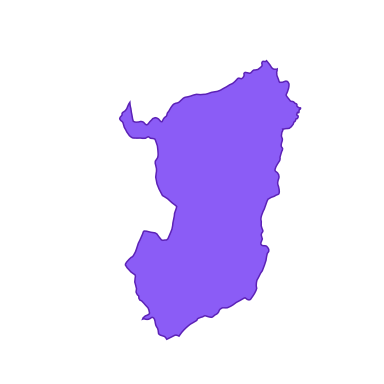 outline of Xin Man, Hà Giang, Vietnam, rotated 18°
{"feature_id": "81297802B50713424689894", "entity_name": "Xin Man", "entity_type": "district", "adm_level": 2, "iso_a3": "VNM", "parent_name": "Vietnam", "parent_adm1": "Hà Giang", "projection": "equal_earth", "projection_center": [104.512, 22.634], "detail": "fine", "context": "isolated", "style": "filled", "palette": "violet", "viewbox_px": 384, "rotation_deg": 18, "n_neighbors": 0, "source": "geoboundaries", "source_scale": "gbopen_adm2", "svg_char_len": 6019}
<svg xmlns="http://www.w3.org/2000/svg" viewBox="0 0 384 384"><g transform="rotate(18 192 192)"><path d="M169.7,304.4L170.8,305.7L171.9,306.7L173.4,307.3L174.4,309.6L175.8,310.9L177.7,311.1L180.5,312.6L182.8,314.0L185.9,315.7L187.5,317.6L189.0,320.2L189.1,320.9L188.7,321.5L187.9,322.6L185.8,324.4L184.4,326.8L184.3,328.2L185.1,327.6L186.1,327.4L187.5,327.3L188.8,327.0L189.9,326.5L191.0,325.6L192.3,323.9L192.8,323.5L193.8,323.5L194.6,323.8L195.6,324.6L196.8,326.4L197.5,327.8L198.6,329.7L199.8,331.0L201.4,332.3L202.5,333.9L203.7,336.5L204.1,337.2L205.1,337.6L206.0,337.9L206.9,337.9L210.1,337.9L211.0,338.1L212.2,338.8L213.5,339.9L217.1,336.4L219.9,333.6L221.0,333.0L223.0,332.9L224.2,333.1L224.7,331.4L225.6,328.7L226.9,325.7L228.3,323.0L229.9,320.3L231.2,318.3L232.1,317.3L233.4,315.9L236.2,312.7L236.4,311.1L236.9,310.3L239.2,308.4L240.6,307.5L241.7,306.4L242.4,305.7L242.8,305.6L243.7,305.6L245.3,305.6L247.2,305.5L249.1,305.2L249.8,304.8L250.2,304.4L250.8,303.5L251.7,302.0L253.3,300.3L253.9,299.3L254.4,297.7L254.5,295.9L255.0,294.7L255.9,293.6L256.8,292.7L258.0,292.3L260.1,291.7L261.5,291.1L264.1,288.7L266.0,286.5L268.2,283.4L271.2,280.3L273.9,277.3L275.0,276.3L275.5,276.3L277.7,277.1L278.2,277.1L279.0,277.1L279.8,276.9L280.8,276.1L282.1,271.9L282.8,269.2L283.3,266.0L283.3,264.4L283.3,263.6L282.4,262.0L282.0,261.1L281.3,258.4L281.0,255.9L281.3,254.4L281.7,252.2L282.3,248.1L283.2,245.2L283.3,243.2L283.5,239.3L283.5,235.2L283.5,234.1L282.9,230.5L282.7,228.5L282.6,227.1L283.2,225.4L283.3,224.5L282.7,222.8L281.2,221.4L279.6,220.5L278.5,220.5L277.0,220.8L276.3,221.1L275.0,221.1L274.4,220.9L273.9,220.5L273.5,220.0L273.2,219.2L273.3,217.2L273.4,215.5L273.4,214.9L272.1,213.0L271.3,211.8L271.0,210.9L271.0,209.5L271.5,208.1L271.5,207.3L271.2,206.6L269.9,205.1L268.3,202.8L267.5,200.3L267.1,198.9L265.9,196.6L265.5,194.5L265.4,192.7L265.6,188.5L266.0,185.9L266.2,177.6L266.5,175.4L268.9,172.7L271.5,170.7L273.2,168.8L274.6,167.7L275.1,167.0L275.2,166.2L275.0,164.9L274.1,162.7L272.7,160.2L271.2,158.2L270.6,156.7L270.3,154.6L270.3,151.8L270.1,150.7L269.7,150.0L269.1,148.8L267.3,147.3L265.9,146.8L265.1,146.5L264.8,146.3L264.2,145.7L264.0,144.7L264.0,142.8L264.1,141.7L264.6,139.2L265.6,135.4L265.7,134.6L265.5,133.1L265.0,131.9L264.9,130.8L264.8,127.3L264.8,125.5L265.0,124.4L264.9,123.6L264.8,122.8L264.2,122.1L263.5,121.7L262.9,121.1L262.5,120.4L262.2,119.3L262.0,117.7L262.0,115.4L261.8,114.3L261.4,113.3L260.7,112.5L260.0,111.6L259.6,110.7L259.4,109.5L259.1,107.9L259.1,106.9L259.3,105.9L259.3,105.2L259.3,104.8L258.8,104.2L259.7,103.8L261.5,102.8L263.3,102.1L264.8,101.4L266.0,99.6L266.3,99.2L266.7,97.9L267.1,96.9L267.3,96.3L267.3,95.7L267.3,94.9L267.3,94.2L267.6,93.7L268.1,93.1L268.3,92.4L268.3,90.5L268.5,90.1L269.2,89.9L269.5,89.5L269.7,88.7L269.8,88.1L269.6,87.2L269.2,86.7L268.8,86.6L268.1,86.5L267.7,86.2L267.6,85.7L267.7,85.4L267.6,84.4L267.8,83.6L268.0,83.6L268.4,83.6L268.7,83.7L268.9,83.7L269.0,83.6L269.1,83.4L269.1,83.0L268.9,82.4L268.7,81.5L268.6,80.9L268.6,80.7L268.7,80.4L268.9,80.2L269.1,80.0L269.4,79.5L269.4,78.8L269.2,78.5L268.6,78.7L267.6,78.8L266.3,78.4L265.6,78.2L265.3,77.8L265.0,77.3L264.8,76.5L264.6,76.2L264.1,75.9L262.8,75.8L262.0,75.5L261.1,75.0L260.4,74.8L259.7,74.8L258.8,75.0L258.2,75.1L257.4,75.0L256.5,74.4L254.4,73.0L253.2,72.2L252.0,71.3L251.6,70.7L251.5,70.0L251.8,67.3L251.8,66.6L251.8,63.5L251.5,61.4L250.9,59.3L250.1,58.5L249.2,57.7L248.0,57.3L246.6,57.7L244.1,59.7L242.9,60.1L241.4,60.6L240.6,59.9L239.5,58.3L236.8,55.0L236.2,53.8L236.1,53.3L235.5,51.9L235.4,50.2L235.0,48.7L234.7,49.0L232.6,49.7L231.3,49.9L230.1,49.4L229.7,49.3L229.3,49.1L226.8,47.0L224.2,45.3L222.3,44.1L222.1,44.5L221.5,45.2L220.4,45.5L219.2,45.7L218.7,46.3L218.5,47.1L218.6,48.0L219.5,49.6L219.5,50.8L218.5,52.6L216.8,55.1L214.5,56.4L213.1,56.9L212.3,57.9L211.5,59.7L211.1,60.5L210.1,61.3L207.6,61.5L205.6,61.8L205.0,62.5L204.8,63.3L205.5,64.9L205.5,66.1L204.9,68.0L204.0,69.0L203.0,69.1L201.4,69.2L200.4,69.9L199.7,71.5L198.5,74.0L197.0,76.3L194.7,78.4L192.3,81.3L189.9,83.8L187.5,86.5L185.1,88.4L182.2,89.9L179.6,91.3L176.9,93.4L174.6,94.9L172.7,95.6L170.0,96.8L166.1,97.7L163.5,99.3L160.9,101.3L158.7,102.7L156.1,104.1L154.8,105.4L153.1,108.4L152.1,110.3L150.9,111.6L149.0,112.7L147.6,113.9L146.8,115.3L145.9,118.0L145.4,120.2L145.0,122.2L144.2,124.4L144.2,125.5L144.3,126.6L144.3,127.3L144.0,128.1L143.1,129.3L142.6,130.3L142.2,131.7L142.0,133.2L141.8,134.3L141.3,134.6L140.4,134.6L137.6,132.9L135.6,132.5L134.0,132.7L132.0,134.3L131.3,136.0L130.1,138.3L129.3,140.7L128.7,141.6L128.3,142.1L127.6,142.1L127.0,142.1L124.3,140.6L122.8,140.5L121.5,140.7L119.6,141.9L117.5,142.8L116.0,143.1L114.3,142.9L112.9,140.8L111.1,137.4L109.7,134.9L108.1,131.6L107.0,129.8L106.2,128.3L105.2,125.9L104.7,127.6L104.4,130.2L104.2,133.0L103.4,135.3L102.0,137.2L101.4,137.9L101.2,138.9L101.5,139.7L101.6,140.8L100.7,142.8L100.5,144.3L101.0,145.2L102.1,146.0L104.0,146.7L104.9,147.4L107.6,151.4L109.7,153.3L111.5,155.1L115.1,157.8L117.2,158.6L118.7,158.9L119.8,158.7L121.5,158.2L123.5,157.6L126.3,156.6L128.1,156.3L131.1,155.3L132.4,153.8L133.2,153.0L133.5,152.9L135.8,153.7L137.0,153.5L138.3,153.2L139.6,153.1L140.4,153.2L140.9,153.7L142.5,155.7L144.8,158.8L146.6,162.7L148.0,166.2L148.5,168.0L148.7,169.9L148.1,172.3L147.7,173.3L147.6,174.1L148.1,176.0L149.4,178.1L151.0,180.8L151.8,183.2L152.2,185.6L152.9,189.1L156.2,195.1L159.8,199.4L165.0,204.5L167.7,205.1L170.8,205.9L176.3,208.4L180.3,209.8L181.9,210.5L182.1,212.0L182.0,217.7L182.6,220.4L183.4,227.3L184.0,230.1L184.4,233.5L184.2,236.9L183.7,242.5L183.5,244.1L182.6,245.5L180.9,246.1L179.2,247.0L177.7,247.0L174.2,244.7L171.5,242.7L169.4,242.3L165.3,243.0L160.9,243.3L158.5,243.9L158.0,245.0L158.0,245.8L158.0,247.3L157.3,254.1L156.8,257.3L156.8,263.3L156.7,266.4L156.0,270.2L155.4,271.9L154.4,272.9L153.0,275.4L151.5,278.8L151.0,280.9L151.2,282.0L153.7,284.1L156.2,285.5L158.6,286.9L161.1,287.7L163.4,288.4L164.2,289.5L164.6,291.8L165.4,295.3L167.3,298.2L169.1,301.1L169.7,304.4Z" fill="#8b5cf6" stroke="#5b21b6" stroke-width="1.5"/></g></svg>